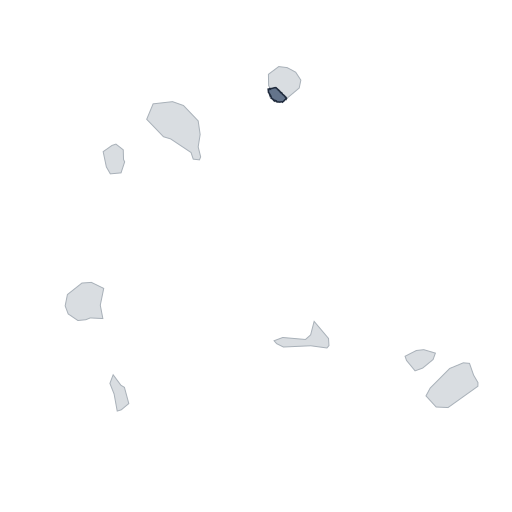 Nossa Senhora Da Ajuda, Mosteiros, Cabo Verde (highlighted), rotated 170°
{"feature_id": "66160863B13080281314211", "entity_name": "Nossa Senhora Da Ajuda", "entity_type": "district", "adm_level": 2, "iso_a3": "CPV", "parent_name": "Cabo Verde", "parent_adm1": "Mosteiros", "projection": "mercator", "projection_center": [-24.32, 15.001], "detail": "fine", "context": "in_parent", "style": "filled", "palette": "slate", "viewbox_px": 512, "rotation_deg": 170, "n_neighbors": 0, "source": "geoboundaries", "source_scale": "gbopen_adm2", "svg_char_len": 4184}
<svg xmlns="http://www.w3.org/2000/svg" viewBox="0 0 512 512"><g transform="rotate(170 256 256)"><path d="M339.9,409.6L330.9,423.7L311.4,422.5L301.3,416.8L289.5,399.1L289.9,385.4L294.0,373.5L293.3,363.2L295.0,360.5L301.0,362.3L302.0,369.2L319.8,386.2L326.4,389.5L339.9,409.6ZM84.8,111.6L70.4,114.8L64.4,113.2L62.4,100.9L59.4,92.8L60.1,89.2L93.2,73.4L104.8,76.0L112.9,88.7L107.4,95.7L84.8,111.6ZM417.7,221.0L430.0,223.8L434.7,222.8L442.6,223.4L451.0,231.5L452.6,240.0L448.4,250.8L432.1,259.6L422.7,258.6L411.6,250.5L417.9,234.6L417.7,221.0ZM212.2,432.8L200.7,438.6L192.6,436.1L185.0,430.1L181.3,421.4L184.3,413.9L199.8,405.0L209.0,407.9L214.0,421.6L212.2,432.8ZM244.8,161.6L250.9,166.1L252.9,169.4L243.8,171.1L221.8,165.2L215.9,168.8L210.1,181.5L198.9,162.2L199.7,155.1L202.1,153.1L217.7,158.1L244.8,161.6ZM378.6,389.9L374.5,390.5L368.3,383.6L369.7,374.0L369.0,371.5L374.5,361.3L385.2,362.2L387.9,369.7L388.4,385.3L378.6,389.9ZM126.6,131.4L114.5,135.1L107.0,134.6L96.2,129.2L99.6,123.3L111.3,116.7L119.3,115.3L125.9,127.0L126.6,131.4ZM422.0,155.9L417.3,163.8L411.5,152.2L408.4,149.5L406.9,132.8L415.4,127.9L419.6,127.4L419.7,144.7L422.0,155.9Z" fill="#d9dde1" stroke="#a8b0b8" stroke-width="1"/><path d="M215.0,418.1L214.9,417.9L214.8,417.6L214.8,417.4L214.8,417.1L214.9,416.9L215.0,417.0L215.0,416.9L215.2,416.7L215.1,416.4L215.1,416.2L215.2,415.9L215.3,415.7L215.3,415.4L215.3,415.2L215.3,414.9L215.2,414.8L215.2,414.7L215.0,414.4L214.9,414.3L214.6,413.8L214.7,413.7L214.7,413.3L214.6,413.1L214.5,412.9L214.5,412.7L214.4,412.4L214.4,412.2L214.5,412.2L214.4,412.2L214.4,411.8L214.4,411.7L214.2,411.6L214.3,411.6L214.2,411.6L214.2,411.4L214.1,411.5L214.1,411.4L214.0,411.5L213.9,411.4L213.7,411.2L213.5,410.9L213.5,410.7L213.6,410.4L213.7,410.2L213.5,409.9L213.5,409.7L213.5,409.4L213.5,409.2L213.4,409.1L213.5,408.9L213.4,408.9L213.3,408.7L213.2,408.5L213.1,408.4L213.0,408.2L212.9,408.1L212.7,407.9L212.7,408.0L212.6,407.9L212.4,407.7L212.1,407.5L212.0,407.4L211.9,407.3L211.9,407.1L211.8,406.9L211.8,406.6L211.5,406.1L211.4,406.0L211.3,405.8L211.2,405.8L211.2,405.7L211.2,405.8L211.1,405.7L211.1,405.8L210.9,405.7L210.7,405.6L210.4,405.6L210.2,405.7L210.1,405.8L210.0,405.7L209.9,405.6L209.9,405.4L209.9,405.5L209.8,405.4L209.8,405.5L209.8,405.4L209.8,405.5L209.7,405.4L209.7,405.5L209.3,405.4L209.1,405.3L209.0,405.2L209.0,404.7L208.9,404.4L208.7,404.3L208.7,404.2L208.4,404.1L208.1,404.0L208.0,403.9L207.9,403.9L207.7,403.9L207.4,403.8L207.1,403.8L206.9,403.8L206.8,403.7L206.6,403.7L206.4,403.6L206.2,403.5L205.9,403.5L205.8,403.4L205.6,403.4L205.2,403.4L204.7,403.5L204.5,403.4L204.4,403.4L204.2,403.4L203.8,403.4L203.5,403.3L203.4,403.1L203.2,402.9L203.1,403.0L202.9,403.1L202.6,403.3L202.3,403.4L202.2,403.4L202.3,403.4L202.1,403.5L201.9,403.7L201.8,403.8L201.6,403.9L201.3,404.0L201.2,404.1L201.0,404.4L200.9,404.5L200.7,404.7L200.4,404.8L200.2,404.9L199.9,405.0L199.4,405.3L199.3,405.2L199.2,405.1L199.1,405.3L199.3,405.4L199.3,405.8L199.1,405.9L199.0,406.0L199.0,405.9L198.9,406.0L198.9,405.9L198.9,406.0L198.6,406.1L198.7,406.3L198.8,406.3L198.9,406.5L199.0,406.8L199.0,407.1L199.2,407.3L199.3,407.3L199.4,407.5L199.5,407.5L199.6,407.8L199.7,408.0L199.8,408.0L199.8,408.3L199.9,408.5L200.0,408.6L200.2,408.8L200.3,409.0L200.5,409.1L200.5,409.3L200.7,409.5L200.8,409.7L201.0,409.9L201.2,410.0L201.3,410.2L201.8,410.6L201.8,410.8L201.9,411.0L202.0,411.3L202.1,411.6L202.3,411.9L202.3,412.1L202.4,412.4L202.5,412.5L202.7,412.4L202.9,412.4L203.0,412.4L203.3,412.5L203.5,412.7L203.5,413.0L203.6,413.4L203.7,413.5L203.8,413.9L204.0,414.2L204.3,414.5L204.5,414.8L204.7,415.2L204.8,415.2L204.8,415.4L204.9,415.5L205.0,415.6L205.3,415.7L205.3,416.0L205.8,416.6L205.9,416.8L206.0,416.8L206.2,417.0L206.5,417.5L206.7,417.9L206.9,418.1L207.0,418.2L207.1,418.3L207.4,418.2L207.5,418.3L207.8,418.5L208.8,418.5L209.5,418.4L209.9,418.4L210.2,418.3L210.7,418.3L210.9,418.3L211.0,418.3L211.3,418.2L211.6,418.3L211.8,418.3L212.0,418.3L212.3,418.3L212.7,418.3L212.7,418.2L212.8,418.2L213.0,418.3L213.0,418.2L213.1,418.3L213.3,418.2L213.6,418.2L213.8,418.3L213.9,418.2L214.0,418.3L214.3,418.3L214.7,418.2L214.8,418.1L215.0,418.1Z" fill="#64748b" stroke="#1e293b" stroke-width="1.5"/></g></svg>